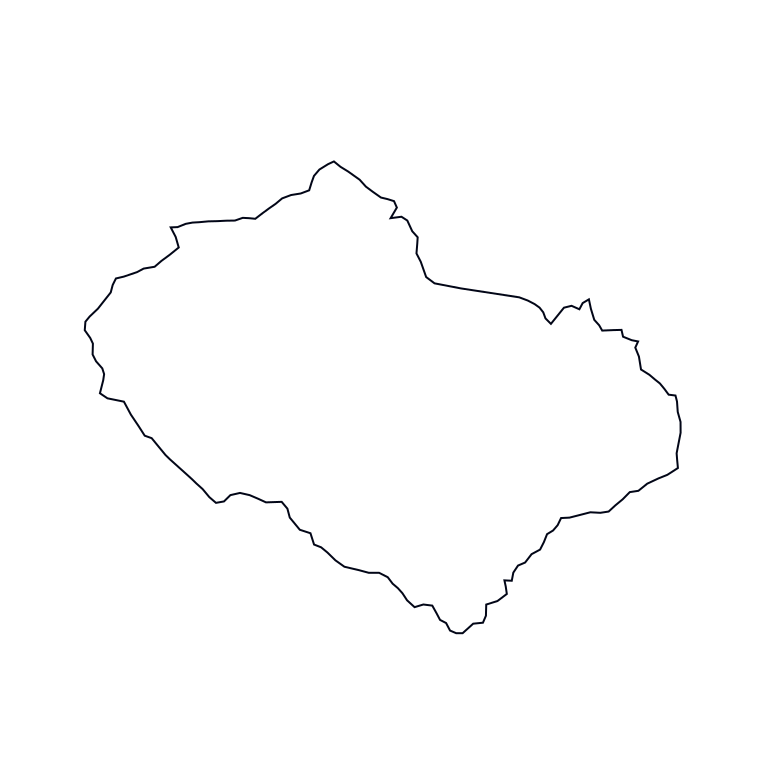 outline of Cristais Paulista, São Paulo, Brazil, rotated 48°
{"feature_id": "56859067B55883287614463", "entity_name": "Cristais Paulista", "entity_type": "district", "adm_level": 2, "iso_a3": "BRA", "parent_name": "Brazil", "parent_adm1": "São Paulo", "projection": "albers", "projection_center": [-47.398, -20.367], "detail": "fine", "context": "isolated", "style": "outline", "palette": "ink", "viewbox_px": 768, "rotation_deg": 48, "n_neighbors": 0, "source": "geoboundaries", "source_scale": "gbopen_adm2", "svg_char_len": 2397}
<svg xmlns="http://www.w3.org/2000/svg" viewBox="0 0 768 768"><g transform="rotate(48 384 384)"><path d="M643.1,221.8L636.5,216.9L631.3,212.9L624.5,203.9L618.7,196.2L610.6,189.0L601.3,184.4L593.1,178.0L587.6,175.1L582.4,179.6L575.2,178.9L568.2,178.6L562.2,179.6L554.8,180.6L545.2,183.3L534.2,176.2L525.1,172.9L522.4,166.7L517.2,170.6L508.8,174.7L502.7,171.3L497.4,177.5L490.3,186.1L484.3,184.8L477.0,184.8L466.5,179.9L458.2,175.1L456.8,182.2L459.2,188.8L451.4,192.3L447.7,199.2L451.0,219.7L443.3,220.1L437.3,217.7L431.3,217.3L425.4,218.6L418.2,221.3L410.1,225.5L364.4,262.9L343.0,279.1L332.7,281.1L317.8,274.9L308.7,272.5L301.8,265.2L297.5,260.8L289.4,260.8L278.1,257.3L271.4,259.1L265.2,268.1L261.5,256.4L254.8,254.2L248.9,257.7L243.4,261.5L233.7,263.7L225.2,265.4L215.9,265.4L202.0,268.5L193.5,271.0L185.1,272.3L183.2,278.5L181.4,288.5L182.5,296.8L185.7,302.8L190.0,310.0L186.7,318.4L181.4,326.6L177.9,335.5L177.6,343.9L176.6,351.8L175.8,359.8L175.1,369.1L170.5,373.3L166.0,377.8L162.8,385.4L156.8,392.3L151.7,398.6L145.6,405.7L140.0,413.2L135.9,418.3L132.3,424.2L129.3,432.4L124.9,437.7L135.3,440.4L145.2,445.2L144.6,456.7L143.6,466.8L143.4,476.0L137.4,485.4L135.6,492.7L130.1,505.5L126.2,512.6L128.9,519.4L133.1,525.8L135.0,536.9L136.6,546.2L136.9,557.6L137.9,564.2L143.8,570.4L153.2,571.5L159.2,573.3L167.1,580.8L174.5,582.8L183.9,582.9L189.4,585.4L193.3,590.1L200.8,601.3L209.6,599.1L223.1,589.1L237.4,592.6L251.4,594.6L262.3,596.4L268.8,592.9L277.3,593.3L290.6,593.9L296.7,593.5L319.3,591.1L326.2,590.4L332.3,590.0L340.8,589.1L351.2,589.5L359.9,588.4L364.2,581.5L363.8,572.5L368.6,563.9L376.7,558.2L384.9,554.4L393.0,550.9L403.1,538.9L412.0,539.2L420.2,543.4L436.0,544.1L445.7,538.5L456.5,543.4L463.3,540.0L471.4,538.8L482.5,538.1L493.3,535.7L505.7,527.1L514.2,521.6L521.0,514.0L530.1,510.5L538.2,511.2L544.9,510.3L551.8,510.3L560.2,511.6L570.3,510.6L574.2,502.3L581.0,496.4L589.7,498.4L596.8,500.2L603.2,497.8L611.4,499.9L617.5,497.1L621.8,492.3L621.8,478.1L627.6,470.2L624.4,463.3L616.3,455.6L621.2,444.9L622.2,433.2L615.9,429.0L610.5,425.9L615.7,420.7L610.7,414.1L608.6,405.9L611.1,398.6L609.2,388.2L611.5,378.8L608.5,371.0L604.7,363.3L606.0,356.4L605.1,349.4L602.1,342.1L607.4,335.6L611.6,327.6L617.4,316.5L624.5,309.4L629.1,302.4L629.0,293.3L629.4,283.8L628.8,273.7L633.6,266.4L634.2,255.1L637.8,243.2L641.1,234.2L643.1,221.8Z" fill="none" stroke="#020617" stroke-width="2"/></g></svg>